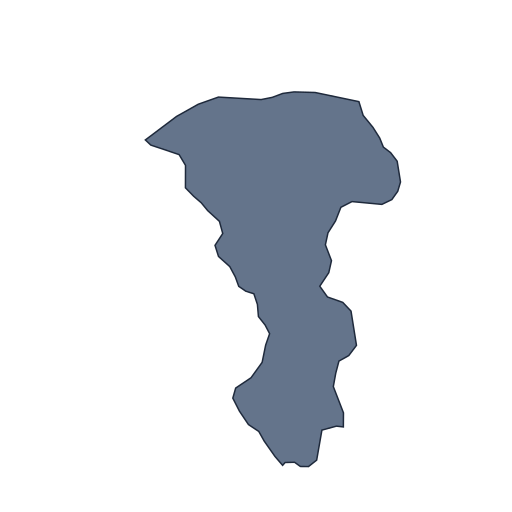 SVG path tracing the border of Taoyuan, rotated 23°
{"feature_id": "TWN-1168", "entity_name": "Taoyuan", "entity_type": "County", "adm_level": 1, "iso_a3": "TWN", "parent_name": "Taiwan", "parent_adm1": "", "projection": "natural_earth1", "projection_center": [121.286, 24.86], "detail": "fine", "context": "isolated", "style": "filled", "palette": "slate", "viewbox_px": 512, "rotation_deg": 23, "n_neighbors": 0, "source": "natural_earth", "source_scale": "10m", "svg_char_len": 1087}
<svg xmlns="http://www.w3.org/2000/svg" viewBox="0 0 512 512"><g transform="rotate(23 256 256)"><path d="M108.8,192.4L128.3,158.6L143.5,138.9L159.3,124.4L199.6,110.0L209.0,103.6L217.1,95.9L226.9,90.1L246.5,82.4L290.4,73.7L299.7,84.7L313.4,91.9L323.8,99.1L330.7,106.0L339.6,108.3L348.9,113.6L360.1,131.4L361.2,141.0L359.0,151.0L351.7,159.3L323.1,168.4L315.1,178.0L315.5,192.7L313.2,206.5L315.5,218.6L327.3,230.8L329.5,242.9L326.5,258.9L337.8,265.8L354.0,264.8L365.0,269.6L383.4,299.0L380.3,311.4L373.4,320.3L375.2,332.7L378.2,346.0L397.8,366.2L403.2,379.2L396.5,381.2L384.7,390.5L391.6,420.2L386.6,429.3L379.1,432.4L372.1,430.8L363.5,434.7L362.3,438.3L351.8,433.1L335.9,423.2L327.1,416.4L314.9,414.1L301.4,405.3L290.2,395.9L288.9,385.5L299.0,370.0L303.2,351.5L299.7,334.2L298.9,322.2L291.4,316.0L281.9,310.8L276.2,300.0L268.8,291.6L260.4,292.4L252.0,290.7L245.1,283.3L236.0,276.0L221.7,271.1L214.1,262.2L216.6,248.3L208.8,238.4L193.8,233.1L184.8,228.4L175.4,225.4L164.4,220.8L155.7,200.1L145.6,192.7L115.8,195.0L108.8,192.4Z" fill="#64748b" stroke="#1e293b" stroke-width="1.5"/></g></svg>